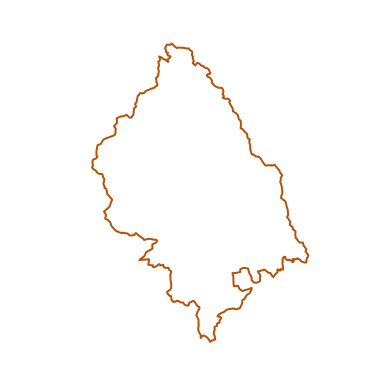 outline of Hoai An, Bình Định, Vietnam, rotated 161°
{"feature_id": "81297802B64656263356693", "entity_name": "Hoai An", "entity_type": "district", "adm_level": 2, "iso_a3": "VNM", "parent_name": "Vietnam", "parent_adm1": "Bình Định", "projection": "mercator", "projection_center": [108.89, 14.347], "detail": "fine", "context": "isolated", "style": "outline", "palette": "amber", "viewbox_px": 384, "rotation_deg": 161, "n_neighbors": 0, "source": "geoboundaries", "source_scale": "gbopen_adm2", "svg_char_len": 5993}
<svg xmlns="http://www.w3.org/2000/svg" viewBox="0 0 384 384"><g transform="rotate(161 192 192)"><path d="M101.3,178.4L102.3,181.8L102.5,184.3L104.2,188.5L104.8,190.7L108.0,191.0L108.4,191.6L109.5,191.6L110.7,192.4L112.9,192.7L114.3,193.6L115.5,197.9L116.1,201.2L116.9,202.8L118.1,204.1L120.0,204.7L121.7,207.5L123.2,208.1L123.1,212.7L121.9,217.0L121.6,220.4L121.3,221.4L120.3,223.1L121.4,224.2L121.7,225.2L121.7,226.6L121.0,228.7L121.3,229.7L122.4,231.5L123.5,234.6L125.2,236.4L123.3,241.2L123.2,242.4L122.8,243.4L124.1,245.8L123.6,249.4L124.8,252.3L126.9,254.8L126.4,257.5L127.6,264.6L127.4,265.0L126.5,265.5L126.5,267.0L127.4,268.4L130.1,269.3L131.6,270.4L132.1,271.1L130.7,272.2L130.7,273.1L131.3,274.4L130.0,276.0L129.4,277.6L129.5,280.1L130.6,281.2L132.9,281.8L135.8,284.7L137.7,288.7L136.9,290.9L137.5,293.5L138.1,294.6L139.5,295.7L140.0,297.0L140.0,297.7L139.1,298.1L136.2,298.0L136.0,298.9L136.3,302.5L137.4,304.1L139.9,305.8L140.1,307.2L140.5,307.7L142.2,308.5L143.2,310.8L143.8,311.5L145.4,312.3L147.6,310.7L149.3,313.4L149.1,314.0L147.8,315.0L147.6,315.6L147.9,318.3L147.0,319.2L147.5,321.7L146.3,323.6L146.2,324.6L146.3,325.2L148.1,327.4L148.2,328.7L150.7,329.6L153.1,331.2L154.4,331.5L155.3,332.1L157.0,332.6L157.8,333.0L159.5,333.1L161.2,335.6L162.6,338.9L163.1,339.0L164.3,338.2L167.9,339.5L170.4,337.1L170.7,336.4L170.5,334.7L170.9,332.5L170.6,332.0L169.6,331.5L170.5,329.8L170.5,329.1L168.6,327.6L168.3,326.9L169.1,326.2L171.8,325.2L172.3,324.4L171.9,323.3L172.0,322.9L172.6,323.1L174.2,325.8L176.1,327.4L176.6,328.6L178.4,330.4L178.9,330.6L179.1,327.7L179.7,326.8L181.6,325.9L181.6,323.9L182.1,322.1L183.6,320.7L184.1,316.7L185.6,314.4L185.7,313.5L186.3,312.8L188.6,311.5L189.1,310.9L189.8,307.3L189.7,304.9L190.2,304.0L192.5,303.5L194.3,302.6L195.5,303.0L203.1,302.5L204.1,301.6L205.0,301.3L206.7,301.4L208.9,302.4L209.9,301.4L212.0,300.5L215.2,295.0L217.2,293.7L217.0,291.0L219.6,289.9L222.3,284.1L222.7,283.7L223.7,283.4L224.9,282.2L226.1,282.3L227.0,282.9L228.8,286.3L232.4,286.0L235.1,286.7L239.2,286.2L240.0,282.9L240.5,281.8L244.4,279.3L243.7,277.5L243.5,276.5L244.6,274.3L244.8,273.3L246.1,271.3L247.3,270.9L256.5,270.7L258.3,270.5L259.4,269.9L262.3,267.3L265.9,267.0L267.2,265.2L269.2,261.3L270.4,257.7L270.0,256.1L271.6,255.0L274.4,254.8L275.4,254.4L276.0,253.6L276.7,251.9L277.0,249.3L278.6,247.7L278.3,246.6L276.0,243.5L275.4,241.4L274.8,240.5L273.6,239.2L271.4,238.5L271.0,237.7L271.2,234.6L270.7,232.4L273.1,228.6L273.0,225.4L273.4,224.3L272.4,223.4L272.2,222.8L272.2,220.3L272.8,217.4L271.7,215.6L271.0,213.2L270.1,211.5L270.1,210.5L271.4,209.2L275.0,204.8L281.6,202.2L280.8,198.8L280.9,197.9L282.2,196.2L282.7,195.0L282.2,194.2L280.7,193.2L279.2,190.1L279.2,186.0L276.7,180.2L274.0,177.6L271.7,176.0L269.7,175.7L268.8,174.9L266.7,173.9L266.1,173.3L265.5,171.6L264.1,170.9L260.9,170.1L260.1,170.3L259.3,171.2L258.4,171.3L257.3,170.0L256.6,168.2L255.1,166.5L254.0,164.5L253.2,163.8L253.0,162.6L252.8,162.3L247.8,161.8L246.2,160.7L245.2,160.6L244.5,159.8L241.7,158.6L241.1,158.0L241.0,157.5L241.4,156.7L242.6,155.8L246.4,155.4L247.2,154.0L247.5,152.1L248.1,151.2L255.0,150.0L257.7,147.1L258.5,146.6L263.1,145.2L263.5,144.7L254.8,142.5L254.8,141.6L256.2,139.1L256.9,137.4L255.2,136.8L254.5,135.8L253.0,135.5L253.2,133.9L252.9,133.4L252.5,133.2L249.8,133.4L246.9,134.4L246.3,134.3L245.6,132.8L242.9,132.4L243.1,129.9L241.4,128.7L239.3,128.2L239.0,127.9L238.7,125.4L237.7,124.2L237.8,123.0L239.5,120.7L240.8,116.3L241.5,112.1L242.4,109.3L243.4,107.6L244.4,106.8L248.2,105.5L248.1,104.2L247.4,101.8L246.7,100.9L245.7,100.3L246.4,97.5L246.0,94.9L245.5,94.1L244.2,94.3L243.2,93.6L241.8,94.1L240.3,93.4L238.6,91.2L236.6,90.5L236.3,90.1L235.9,88.4L235.2,87.4L233.1,85.9L232.1,86.0L230.8,88.1L230.4,88.3L228.7,88.3L226.7,88.7L226.0,88.5L225.5,87.9L224.0,82.4L222.6,80.8L222.6,80.1L223.5,78.7L224.8,77.9L225.9,76.6L228.0,74.0L227.5,68.9L229.5,62.8L230.4,61.5L231.0,59.6L231.0,57.2L230.3,53.4L231.3,51.3L231.2,51.2L230.2,52.0L229.2,52.4L227.8,52.6L225.8,50.7L225.2,49.7L224.4,47.9L223.6,44.5L221.3,45.1L218.1,45.0L217.4,48.9L217.7,50.7L216.7,52.1L216.4,53.4L215.4,54.3L214.8,56.8L213.9,57.2L212.1,57.2L211.3,59.0L210.4,59.8L208.6,59.5L207.7,61.6L206.0,62.7L205.4,63.6L205.6,64.3L208.2,66.0L207.8,66.9L204.2,68.0L201.0,68.1L197.7,69.3L194.8,69.3L192.1,68.5L191.3,68.7L188.6,66.7L186.5,66.8L185.4,66.4L184.8,66.5L181.9,69.1L180.4,71.1L179.8,73.0L179.4,73.5L177.3,73.6L174.7,76.1L173.2,77.0L170.4,77.5L167.2,80.8L167.0,81.9L170.8,81.7L173.9,82.0L176.2,81.8L177.9,83.6L178.7,84.9L179.0,88.1L180.3,88.3L181.0,89.1L182.9,89.2L183.0,90.3L180.3,99.2L180.4,101.5L180.0,102.1L177.6,101.3L172.7,100.7L172.4,100.8L171.6,103.1L170.6,103.4L168.8,103.5L167.2,103.3L164.0,101.4L164.2,96.2L163.5,92.0L163.5,91.3L164.2,89.9L164.3,89.0L162.8,86.2L160.7,85.3L158.7,85.2L156.5,85.7L156.1,87.8L154.7,90.6L154.7,92.2L155.6,94.7L155.6,95.3L155.3,95.5L151.8,95.1L149.5,95.2L148.5,94.8L146.4,91.3L145.5,90.4L144.3,90.0L143.8,87.4L142.8,85.2L139.9,87.2L137.3,88.4L137.0,88.9L136.8,90.5L136.4,90.8L135.6,90.7L134.5,89.1L133.4,90.2L132.8,90.0L132.0,89.1L131.3,89.0L130.9,89.5L130.3,91.3L129.7,95.5L128.7,96.8L128.5,98.6L127.4,99.6L126.8,100.5L126.1,100.7L125.1,100.3L125.2,98.6L125.0,97.7L123.5,96.2L122.5,96.5L121.8,95.8L120.9,95.5L120.0,94.2L119.8,93.0L118.9,93.0L118.2,93.7L118.4,95.7L118.0,95.7L117.3,94.8L116.3,95.0L114.8,94.5L114.1,94.9L113.9,94.3L113.1,94.2L112.2,92.9L111.7,92.6L111.7,91.3L111.5,90.9L108.5,88.7L107.0,88.2L105.2,91.6L102.7,94.0L102.8,95.3L104.0,98.7L104.0,99.0L102.7,100.4L102.5,101.0L103.9,104.9L103.7,108.2L106.4,109.0L107.4,110.4L108.2,113.7L108.9,114.5L108.1,118.5L107.2,120.3L107.0,121.2L107.3,122.1L108.6,123.6L108.4,126.3L110.1,128.7L109.9,130.0L108.8,131.8L109.7,135.6L110.3,136.9L110.2,137.4L108.6,138.9L107.2,144.4L107.3,148.0L106.8,149.9L106.7,152.0L106.9,153.1L108.4,155.2L109.7,157.5L109.5,158.1L108.3,159.9L107.1,161.2L106.6,162.4L105.4,167.8L105.2,170.6L105.3,172.9L104.4,174.0L103.4,176.6L101.3,178.4Z" fill="none" stroke="#b45309" stroke-width="2"/></g></svg>